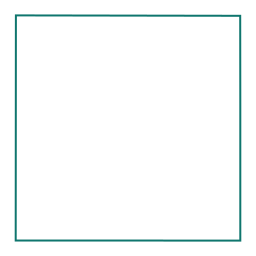 Hemphill, Texas, United States of America (Natural Earth projection)
{"feature_id": "52423323B21915580186486", "entity_name": "Hemphill", "entity_type": "district", "adm_level": 2, "iso_a3": "USA", "parent_name": "United States of America", "parent_adm1": "Texas", "projection": "natural_earth1", "projection_center": [-100.18, 35.838], "detail": "fine", "context": "isolated", "style": "outline", "palette": "teal", "viewbox_px": 256, "rotation_deg": 0, "n_neighbors": 0, "source": "geoboundaries", "source_scale": "gbopen_adm2", "svg_char_len": 195}
<svg xmlns="http://www.w3.org/2000/svg" viewBox="0 0 256 256"><path d="M240.3,240.6L240.3,105.8L240.2,15.8L15.9,15.4L15.7,240.5L240.3,240.6Z" fill="none" stroke="#0f766e" stroke-width="2"/></svg>